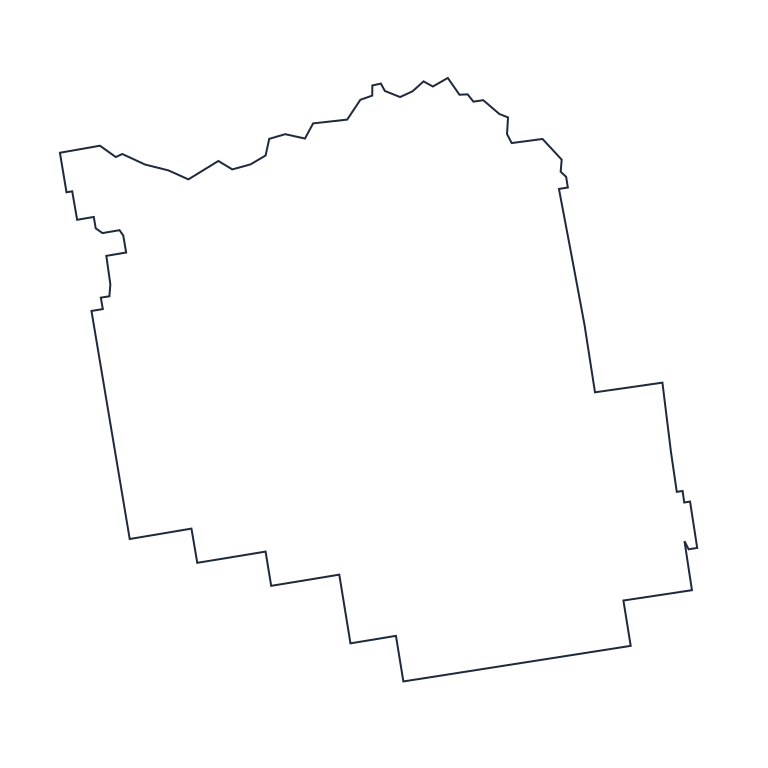 outline of Judith Basin, Montana, United States of America, rotated 171°
{"feature_id": "52423323B59970675911071", "entity_name": "Judith Basin", "entity_type": "district", "adm_level": 2, "iso_a3": "USA", "parent_name": "United States of America", "parent_adm1": "Montana", "projection": "orthographic", "projection_center": [-110.26, 47.045], "detail": "fine", "context": "isolated", "style": "outline", "palette": "slate", "viewbox_px": 768, "rotation_deg": 171, "n_neighbors": 0, "source": "geoboundaries", "source_scale": "gbopen_adm2", "svg_char_len": 1123}
<svg xmlns="http://www.w3.org/2000/svg" viewBox="0 0 768 768"><g transform="rotate(171 384 384)"><path d="M181.3,86.8L181.4,132.7L112.1,132.2L111.8,181.8L109.0,173.1L100.3,173.1L100.1,220.0L106.0,220.0L105.8,231.6L111.7,231.7L111.2,272.1L108.8,341.8L176.9,342.8L176.7,410.8L178.6,480.0L180.7,549.3L171.7,549.3L171.7,560.1L176.3,566.0L173.4,577.8L189.1,601.2L220.2,602.0L223.4,611.6L219.8,627.9L227.8,632.6L241.6,648.8L251.5,648.9L256.1,657.0L264.2,657.9L273.1,676.3L289.2,670.2L297.6,676.7L309.9,668.7L323.2,664.9L337.3,673.3L340.1,681.2L348.8,680.7L350.5,670.7L362.9,668.4L379.0,650.9L413.2,652.5L423.7,638.8L442.5,646.2L459.0,644.1L465.2,628.2L481.4,621.8L500.3,619.7L512.7,630.2L545.2,616.7L563.5,628.7L585.6,638.1L606.5,652.1L613.4,650.1L627.3,663.8L667.9,663.1L667.6,623.0L661.8,623.1L661.4,594.2L644.5,594.4L644.4,582.9L638.5,577.1L621.2,577.3L618.3,571.5L618.1,554.2L638.2,554.0L638.7,525.2L641.5,513.6L650.2,513.6L650.0,502.0L661.5,501.9L659.4,270.7L596.8,271.3L596.4,236.6L527.2,237.0L527.0,202.3L458.0,202.7L457.7,133.1L411.6,133.4L411.4,87.2L181.3,86.8Z" fill="none" stroke="#1e293b" stroke-width="2"/></g></svg>